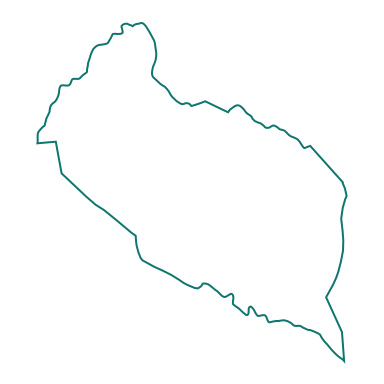 La Libertad, Francisco Morazán, Honduras (Equal Earth projection)
{"feature_id": "27666195B53606089505662", "entity_name": "La Libertad", "entity_type": "district", "adm_level": 2, "iso_a3": "HND", "parent_name": "Honduras", "parent_adm1": "Francisco Morazán", "projection": "equal_earth", "projection_center": [-87.505, 13.705], "detail": "fine", "context": "isolated", "style": "outline", "palette": "teal", "viewbox_px": 384, "rotation_deg": 0, "n_neighbors": 0, "source": "geoboundaries", "source_scale": "gbopen_adm2", "svg_char_len": 5835}
<svg xmlns="http://www.w3.org/2000/svg" viewBox="0 0 384 384"><path d="M344.1,361.0L342.0,332.1L326.1,297.3L333.0,284.8L336.1,278.0L338.2,272.1L340.9,261.6L343.0,250.8L343.3,240.7L342.6,231.0L341.2,218.7L342.8,207.5L344.3,202.3L345.2,199.2L346.6,196.1L345.0,188.6L342.7,183.2L342.8,182.3L310.2,145.9L308.5,146.5L305.0,147.9L304.4,148.1L304.1,148.0L303.5,147.4L302.9,146.7L302.0,145.4L300.7,143.4L299.9,142.1L298.6,140.5L298.0,139.8L297.3,139.2L296.4,138.7L295.6,138.3L293.4,137.3L290.9,136.3L290.3,136.0L289.5,135.4L288.8,134.9L286.0,132.0L284.8,130.9L284.4,130.6L284.2,130.5L282.0,129.8L280.2,129.4L279.6,129.2L279.2,128.9L278.3,128.0L277.5,127.4L275.9,126.4L274.7,125.7L274.1,125.6L273.5,125.5L272.6,125.7L271.5,126.2L269.8,127.3L269.1,127.6L268.2,127.8L267.5,127.9L266.8,127.9L266.2,127.8L265.6,127.6L265.2,127.3L264.8,127.0L264.0,126.0L263.5,125.5L262.2,124.5L260.8,123.5L260.2,123.2L258.3,122.6L256.4,121.8L255.3,121.3L254.5,120.8L253.5,119.7L252.5,118.6L252.1,117.8L251.6,116.8L251.2,116.3L250.8,115.9L250.0,115.3L249.2,114.8L247.9,114.0L247.1,113.4L246.2,112.6L245.3,111.5L244.8,110.8L244.2,109.8L243.7,109.2L241.3,106.9L240.5,106.3L240.1,106.0L239.2,105.6L238.6,105.4L238.1,105.3L237.5,105.3L237.0,105.3L236.6,105.4L235.9,105.7L235.3,105.9L233.7,106.9L233.0,107.4L230.3,109.4L229.9,109.8L229.3,110.5L228.1,112.3L205.2,101.3L200.3,103.2L196.1,104.6L191.9,105.9L191.6,106.0L191.3,105.9L191.0,105.7L190.8,105.5L190.5,104.9L190.1,104.5L189.0,103.7L188.2,103.4L187.1,103.2L186.0,103.2L185.1,103.4L184.7,103.5L184.0,103.9L183.4,104.0L182.5,104.1L181.7,104.0L181.0,103.8L180.0,103.3L177.8,101.9L176.6,101.1L175.9,100.5L173.4,98.0L172.4,97.1L171.9,96.5L170.9,95.2L170.3,94.2L169.2,92.1L168.4,90.9L167.0,89.1L165.9,87.9L165.2,87.1L164.5,86.6L163.9,86.2L162.7,85.5L162.0,85.1L159.9,83.5L159.2,82.8L153.3,77.3L152.9,76.7L152.6,76.2L152.3,75.5L152.2,74.9L152.1,74.3L152.0,73.7L152.1,71.8L152.2,70.9L152.3,70.0L152.8,67.8L153.2,66.4L153.5,65.5L154.2,64.1L154.5,63.2L154.9,62.1L155.3,61.0L155.6,59.8L155.9,58.2L156.1,56.7L156.2,55.5L156.3,54.0L156.2,52.8L154.9,43.3L154.7,42.4L154.4,41.6L154.1,40.7L153.8,39.9L152.7,37.9L151.1,35.0L149.4,31.9L147.5,28.8L145.7,26.0L145.1,25.4L144.6,24.8L144.0,24.2L143.4,23.7L143.1,23.5L142.4,23.2L142.1,23.1L141.5,23.0L139.4,23.5L136.3,24.1L135.1,24.5L134.1,24.9L133.6,25.4L132.8,26.2L131.9,25.8L131.1,25.3L130.5,25.2L129.8,25.0L127.8,24.0L127.0,23.7L126.1,23.7L125.2,23.8L124.4,24.0L123.6,24.3L122.9,24.7L122.3,25.2L121.7,25.8L121.6,26.0L121.5,26.5L121.6,27.3L122.4,30.1L122.6,31.2L122.7,31.9L122.7,32.2L122.6,32.6L122.4,32.9L122.1,33.2L121.5,33.5L121.1,33.7L119.6,33.9L117.6,34.0L115.6,33.8L114.7,33.8L113.7,33.9L112.9,34.0L112.7,34.2L112.4,34.6L111.5,36.7L110.6,38.4L109.4,40.3L108.4,42.2L108.0,42.7L107.7,43.0L107.1,43.4L106.4,43.7L105.8,43.9L105.0,44.1L102.7,44.5L99.5,44.9L98.2,45.2L97.4,45.6L96.3,46.2L95.3,47.0L94.4,47.9L93.5,48.8L93.0,49.6L92.4,50.8L91.6,52.5L90.9,54.2L89.5,58.9L88.3,62.4L88.0,63.7L87.8,65.5L87.6,66.8L87.0,69.6L87.0,70.2L87.1,70.9L87.0,71.4L86.9,71.8L86.7,72.3L86.4,72.6L85.9,73.0L84.3,74.1L82.5,75.5L81.3,76.7L80.1,78.0L79.6,78.4L79.1,78.7L78.4,78.9L73.7,78.8L73.0,79.0L72.4,79.3L72.0,79.8L71.6,80.5L71.2,81.4L70.7,83.0L70.3,83.8L70.0,84.3L69.7,84.6L69.3,85.0L69.0,85.2L68.5,85.4L68.1,85.5L66.8,85.6L65.6,85.5L63.3,85.3L62.1,85.4L61.6,85.4L61.2,85.6L60.9,85.8L60.5,86.1L60.3,86.5L60.0,87.0L59.5,88.4L59.2,90.3L58.9,93.0L58.8,93.6L58.7,94.2L57.9,96.6L57.4,97.8L57.0,98.7L56.1,100.2L55.3,101.3L54.4,102.2L53.0,103.2L52.0,104.1L51.2,105.0L50.9,105.5L50.7,106.0L50.2,107.3L49.9,108.8L49.7,109.8L49.6,111.4L49.5,111.9L49.0,113.0L46.3,118.8L44.7,125.4L44.5,125.7L44.3,125.9L43.4,126.4L42.6,127.1L40.9,128.9L39.9,130.1L39.2,130.9L38.5,132.0L38.1,132.7L37.8,133.6L37.7,134.7L37.6,137.1L37.7,141.2L37.6,142.2L37.4,143.3L55.8,141.7L61.6,173.4L86.2,196.6L95.4,204.6L103.9,210.0L116.4,220.1L131.0,232.4L135.7,235.8L136.0,240.9L136.7,246.0L138.4,252.3L140.5,257.7L142.4,260.3L154.0,266.7L163.5,271.0L171.2,274.9L178.8,279.6L183.4,282.8L187.8,285.1L194.8,288.0L197.9,288.4L201.1,286.3L202.8,283.6L204.3,283.5L205.7,283.6L206.6,283.8L207.6,284.1L208.4,284.5L209.4,285.1L213.2,288.1L215.4,290.0L217.0,291.0L221.4,295.3L221.9,295.8L222.7,296.3L223.6,296.8L224.1,296.9L224.6,297.0L224.9,297.0L225.3,296.9L226.0,296.6L226.8,296.2L230.5,294.0L230.8,293.9L231.2,293.9L231.5,293.9L231.9,294.1L232.4,294.5L232.8,295.1L233.2,296.2L233.3,297.2L233.4,298.0L233.4,298.5L233.3,299.0L233.1,300.1L232.9,302.6L232.9,303.3L232.9,303.6L233.0,304.0L233.2,304.3L233.7,304.8L234.6,305.5L239.0,308.6L241.8,311.3L243.2,312.6L244.9,314.0L246.1,314.9L246.4,315.0L246.7,315.0L247.3,314.9L247.6,314.8L247.8,314.6L248.2,314.1L248.4,313.6L248.6,312.5L248.7,308.8L248.8,308.2L249.1,307.6L249.5,307.1L250.2,306.7L250.5,306.6L250.8,306.6L251.2,306.8L251.8,307.3L252.5,308.1L253.2,308.9L253.7,309.7L254.2,310.4L255.1,312.3L255.9,313.6L256.4,314.4L257.0,315.1L257.3,315.5L257.9,315.8L258.3,316.0L258.8,316.0L260.8,315.5L262.8,315.2L263.7,315.2L264.6,315.2L265.0,315.4L265.3,315.5L265.5,315.8L265.9,316.3L266.5,317.4L266.9,318.4L267.5,320.1L268.0,321.1L268.5,321.9L268.8,322.1L269.4,322.3L270.2,322.2L273.0,321.5L275.0,321.2L276.1,321.0L277.8,321.0L279.1,320.9L281.5,320.5L282.5,320.3L283.8,320.3L285.2,320.5L286.6,320.9L287.6,321.2L288.4,321.6L289.6,322.2L290.8,322.9L291.4,323.3L291.9,323.7L292.7,324.6L293.1,325.0L293.7,325.3L294.3,325.6L295.0,325.8L295.8,326.0L296.8,326.0L297.9,325.8L298.5,325.8L299.7,325.9L300.4,326.0L301.2,326.4L302.3,327.2L302.8,327.5L307.6,329.7L308.4,329.9L309.9,330.0L311.2,330.4L314.5,331.7L316.1,332.4L318.5,333.6L319.4,334.2L319.9,334.5L320.2,334.9L320.4,335.3L321.2,336.8L322.1,338.3L323.2,339.8L323.8,340.7L325.0,342.1L327.2,344.4L330.3,348.2L332.2,350.4L335.3,353.6L337.2,355.4L339.3,357.1L340.5,358.0L342.1,359.0L343.1,359.9L344.1,361.0Z" fill="none" stroke="#0f766e" stroke-width="2"/></svg>